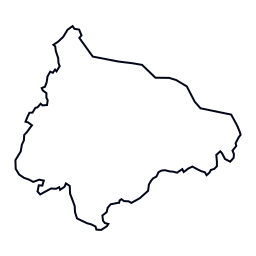 outline of Agros, Nicosia, Cyprus
{"feature_id": "46923920B12968995104077", "entity_name": "Agros", "entity_type": "district", "adm_level": 2, "iso_a3": "CYP", "parent_name": "Cyprus", "parent_adm1": "Nicosia", "projection": "robinson", "projection_center": [33.017, 34.919], "detail": "fine", "context": "isolated", "style": "outline", "palette": "ink", "viewbox_px": 256, "rotation_deg": 0, "n_neighbors": 0, "source": "geoboundaries", "source_scale": "gbopen_adm2", "svg_char_len": 1788}
<svg xmlns="http://www.w3.org/2000/svg" viewBox="0 0 256 256"><path d="M127.9,62.7L118.2,61.5L92.8,56.6L79.3,37.9L81.5,35.4L79.1,29.6L74.4,28.8L72.6,26.1L70.1,27.9L67.5,29.8L63.2,36.9L58.1,41.7L53.4,44.8L55.2,46.4L55.8,50.9L56.8,54.0L58.2,58.3L58.5,63.1L59.7,66.2L56.5,71.3L55.1,69.6L52.8,72.8L50.2,71.7L47.5,76.5L46.7,82.1L45.0,86.7L41.7,88.1L42.7,90.4L46.4,93.1L46.4,97.7L47.7,100.3L47.0,105.0L42.6,105.4L40.6,103.7L37.6,107.3L35.4,107.8L32.5,112.6L29.4,112.8L27.5,116.8L25.5,121.7L28.1,122.4L32.0,125.3L29.8,128.1L27.0,132.0L24.2,135.0L23.9,140.3L21.9,144.6L20.7,151.5L15.4,160.2L15.7,168.8L19.1,174.5L24.1,177.9L29.2,179.7L33.2,181.9L39.2,179.7L43.8,180.6L42.3,185.6L38.8,185.3L37.5,191.5L39.7,193.9L40.2,194.4L46.8,190.8L51.1,188.5L56.0,188.8L59.2,187.2L60.1,189.8L64.6,186.7L65.9,183.4L69.7,185.9L70.1,193.8L73.0,201.4L74.7,206.1L75.0,212.1L77.0,218.4L81.3,220.5L87.0,223.2L91.3,224.4L95.5,226.5L96.4,229.6L97.0,229.7L101.2,229.9L106.9,226.2L108.3,223.9L104.9,223.1L103.0,220.7L102.4,215.5L106.6,212.2L107.7,207.8L110.6,204.3L118.2,202.8L119.1,202.8L119.6,200.5L121.4,199.2L124.0,201.1L128.6,201.3L131.3,202.9L134.8,201.0L139.8,198.2L144.4,194.1L148.1,190.8L148.9,184.5L151.2,180.6L153.3,178.2L156.4,176.6L158.6,172.1L161.5,170.6L164.9,170.2L169.8,171.4L173.3,171.7L177.0,172.7L182.3,169.1L183.7,172.0L188.5,168.4L192.4,166.6L197.8,169.5L201.3,171.2L203.4,171.8L204.9,172.3L206.6,175.2L209.4,172.7L210.9,169.9L214.1,169.0L216.9,166.3L216.9,161.4L216.3,154.9L220.3,151.3L222.1,153.4L225.0,159.0L230.2,161.7L233.7,157.7L233.9,154.0L232.5,150.6L236.3,145.9L235.6,143.2L238.8,137.1L240.6,134.9L239.9,132.2L237.1,125.5L231.2,114.6L200.5,108.3L194.7,101.7L186.8,86.4L176.1,80.0L169.2,77.9L155.4,77.7L142.1,64.9L132.3,63.2L127.9,62.7Z" fill="none" stroke="#020617" stroke-width="2"/></svg>